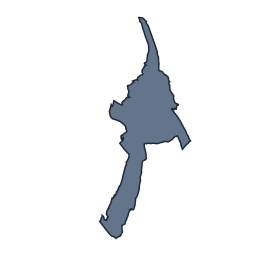 Karatu, Arusha, United Republic of Tanzania (Equal Earth projection), rotated 322°
{"feature_id": "72390352B22674606658861", "entity_name": "Karatu", "entity_type": "district", "adm_level": 2, "iso_a3": "TZA", "parent_name": "United Republic of Tanzania", "parent_adm1": "Arusha", "projection": "equal_earth", "projection_center": [35.413, -3.487], "detail": "fine", "context": "isolated", "style": "filled", "palette": "slate", "viewbox_px": 256, "rotation_deg": 322, "n_neighbors": 0, "source": "geoboundaries", "source_scale": "gbopen_adm2", "svg_char_len": 5678}
<svg xmlns="http://www.w3.org/2000/svg" viewBox="0 0 256 256"><g transform="rotate(322 128 128)"><path d="M189.4,117.0L189.3,116.1L189.4,115.2L189.6,114.9L190.5,113.7L190.8,112.9L190.9,112.4L190.9,111.6L190.7,110.6L189.6,107.7L189.6,104.3L187.7,101.8L189.3,99.4L191.0,97.4L191.8,96.7L193.5,93.8L195.6,90.9L196.4,88.1L198.2,85.4L200.0,80.4L203.4,70.2L205.7,63.3L206.9,59.8L206.9,57.0L207.5,55.5L208.0,55.5L207.8,54.7L207.5,50.7L204.9,47.7L204.4,47.6L203.8,49.9L203.0,51.0L203.1,54.0L201.8,56.7L200.8,59.3L198.0,66.8L195.4,75.1L192.2,79.8L187.9,82.8L184.2,86.8L181.6,87.5L181.2,87.0L180.9,87.4L180.6,87.4L180.6,87.5L180.4,88.6L180.6,89.0L180.7,89.5L180.4,89.3L180.2,89.1L179.4,89.5L179.0,89.3L178.7,89.5L178.3,89.8L178.2,90.0L178.1,89.9L176.2,90.7L175.6,90.8L174.5,91.3L173.9,92.1L173.2,93.4L173.1,93.9L172.9,94.3L172.8,94.6L172.3,94.8L171.9,94.8L171.4,94.5L170.6,94.2L167.6,94.1L166.9,94.2L166.5,94.3L166.2,94.5L165.1,96.2L164.8,95.2L162.6,94.5L160.6,93.9L160.8,94.7L160.9,95.3L159.5,95.2L156.5,95.5L155.6,95.2L153.6,94.4L153.3,94.7L153.0,95.6L151.8,97.6L151.5,98.8L151.5,99.3L151.0,100.0L150.8,100.2L150.4,100.4L150.1,100.6L149.7,101.0L149.3,101.1L148.9,101.4L148.7,101.8L148.3,102.1L148.4,102.6L148.3,102.9L148.2,103.0L148.1,102.9L147.8,102.4L147.6,102.6L147.7,103.2L148.3,104.7L147.0,104.2L146.1,103.3L145.1,103.3L142.9,104.0L140.2,103.9L139.0,104.3L138.3,104.9L138.0,106.2L136.6,105.3L135.5,102.4L134.3,99.5L133.9,97.7L133.8,98.3L133.7,98.9L133.4,98.0L130.8,100.3L128.9,101.7L129.1,101.3L129.2,99.2L127.7,100.5L123.3,103.7L121.5,107.6L121.2,109.8L121.7,111.5L123.7,114.3L125.8,118.0L126.2,119.3L127.0,123.1L127.0,125.1L126.6,126.3L126.0,127.0L125.2,129.4L125.2,129.6L125.1,129.8L123.9,130.2L122.8,130.2L122.4,130.1L120.5,130.1L119.2,130.2L119.1,130.4L118.9,130.3L118.7,130.0L118.4,129.7L118.1,129.7L117.1,130.6L117.1,130.8L117.1,131.0L117.0,130.9L116.9,130.9L116.6,131.4L116.6,131.6L116.4,131.7L116.2,132.1L116.1,132.7L115.9,133.0L116.0,133.3L116.8,132.9L117.2,132.5L117.6,132.3L118.3,132.4L118.3,132.6L118.2,132.8L117.9,132.8L117.7,133.0L117.9,133.4L117.3,133.6L117.0,133.9L116.9,134.5L116.7,134.6L115.9,134.7L114.0,134.7L113.0,134.8L112.1,135.0L112.0,139.1L112.0,140.7L111.9,142.1L112.1,144.0L112.3,147.0L112.8,149.1L112.6,149.3L111.7,150.7L109.2,152.5L107.1,153.5L106.0,153.6L104.4,155.3L104.3,155.9L101.7,157.0L98.0,160.0L95.6,161.8L92.1,164.8L86.5,168.6L86.2,168.4L85.8,168.5L85.7,168.4L85.3,168.7L85.0,168.7L84.9,169.1L84.1,169.1L83.7,169.5L83.4,169.6L83.1,170.0L82.9,170.0L82.6,170.2L82.2,170.3L81.9,170.6L81.4,170.6L81.2,170.9L80.8,171.3L80.5,171.2L80.3,171.4L79.9,171.3L79.5,171.3L79.4,171.5L79.5,171.8L78.8,171.9L78.3,172.1L77.3,172.7L76.9,172.6L77.1,173.0L76.9,173.2L76.5,172.8L76.2,172.8L75.9,173.1L75.5,173.4L75.4,173.6L75.2,173.5L75.1,173.0L74.9,173.0L74.7,173.2L74.5,173.7L74.3,173.7L74.0,173.5L73.8,173.6L74.0,173.9L73.8,174.0L73.1,174.0L72.4,173.5L72.1,173.5L71.9,173.6L71.8,173.8L72.0,174.2L71.1,174.4L67.7,176.9L66.9,177.1L65.5,177.8L64.0,178.7L63.9,178.8L63.6,179.0L63.0,179.1L62.8,179.2L63.0,179.5L62.7,179.6L62.2,179.6L61.5,180.0L60.3,180.4L59.9,180.6L59.2,181.2L58.4,182.4L58.3,182.6L58.2,182.5L58.0,182.9L57.9,183.4L57.7,184.4L57.7,185.0L57.8,185.1L57.7,185.6L57.0,186.2L56.7,186.1L56.6,185.8L56.1,186.1L55.2,186.8L54.8,187.1L54.5,186.9L54.5,186.7L54.4,187.0L54.3,186.8L54.2,186.9L54.1,187.1L53.8,187.2L53.6,187.0L53.6,186.7L53.3,186.5L53.1,185.7L53.1,185.3L53.1,184.9L53.5,184.3L54.1,183.3L54.1,181.9L53.9,181.0L53.7,181.4L53.5,181.6L53.0,182.0L51.3,182.5L50.7,183.2L50.2,183.6L49.5,184.0L49.3,184.2L48.6,184.3L48.2,184.1L48.1,185.3L48.1,189.5L48.1,198.3L48.3,201.1L48.7,203.2L49.5,204.2L50.3,205.4L50.5,207.6L53.7,207.8L54.8,208.4L55.5,207.9L56.0,208.3L59.8,206.3L60.6,204.4L63.3,201.1L66.5,201.7L68.9,199.9L69.5,199.7L70.8,199.0L71.1,198.7L73.8,197.2L75.4,195.9L77.2,194.7L78.5,193.7L78.6,193.8L78.9,194.2L79.0,194.3L79.4,193.8L79.9,194.2L80.1,193.8L80.4,194.3L80.7,194.1L80.9,194.5L81.2,194.6L81.2,194.8L81.5,194.9L81.6,195.3L81.7,195.6L82.1,195.6L83.0,195.2L86.1,193.0L86.8,192.3L87.1,191.9L90.0,189.0L90.0,188.3L92.1,187.9L94.8,186.4L99.0,183.2L102.3,179.6L105.4,177.2L107.3,174.3L111.5,171.3L112.2,169.7L113.7,168.5L117.5,164.4L118.8,163.2L120.6,163.3L121.7,163.7L123.6,163.4L124.4,161.8L125.8,160.2L128.0,156.0L128.0,155.7L128.2,155.4L128.5,154.3L128.8,153.7L130.4,151.4L130.8,150.6L131.0,150.5L132.2,150.9L132.6,151.4L132.8,151.7L133.1,152.0L134.2,152.2L134.5,152.4L135.3,153.1L136.1,154.1L138.4,155.4L139.9,156.8L140.9,157.9L141.3,158.3L142.8,158.9L144.7,159.6L147.0,160.7L147.9,161.0L148.6,161.1L148.9,161.3L149.9,162.5L151.2,163.6L152.0,163.9L153.7,163.9L154.7,164.1L155.5,164.2L156.5,164.1L158.5,163.8L159.8,163.7L160.9,164.3L162.1,164.6L160.5,171.0L160.1,172.4L159.2,174.1L159.4,174.4L158.7,175.5L158.2,176.9L157.8,178.3L162.9,177.2L166.4,177.0L167.3,176.6L169.3,176.7L169.3,176.0L169.6,173.6L169.8,173.0L170.1,172.6L170.4,171.9L170.5,170.9L170.4,169.6L170.5,169.1L171.3,167.1L171.7,165.4L171.9,163.7L172.6,159.3L173.1,156.9L173.7,153.0L174.0,149.2L173.9,144.9L174.0,139.9L175.0,139.8L175.2,140.3L175.4,141.7L175.5,141.7L175.6,141.4L175.8,141.8L176.1,141.5L176.4,142.1L176.5,142.1L177.0,141.7L177.1,142.2L177.3,142.2L177.7,142.7L177.9,142.4L178.1,142.3L178.0,141.9L178.8,141.8L179.6,140.8L180.0,140.5L180.5,140.4L181.6,140.9L181.8,140.9L182.2,140.6L181.8,139.6L181.5,139.2L181.1,138.3L180.7,137.6L180.6,136.6L180.8,135.9L181.3,134.4L182.3,132.3L183.0,131.7L183.8,130.8L184.0,130.4L184.0,129.4L183.9,128.0L184.1,127.4L184.1,126.4L184.4,124.0L185.1,123.0L185.7,121.9L187.1,120.3L187.3,119.6L187.3,118.6L187.6,118.0L187.9,117.6L188.7,117.5L189.0,117.2L189.2,117.3L189.4,117.0Z" fill="#64748b" stroke="#1e293b" stroke-width="1.5"/></g></svg>